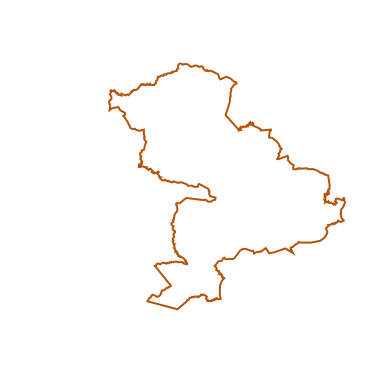 Na Klang, Nong Bua Lam Phu, Thailand, rotated 134°
{"feature_id": "78962969B44929961465938", "entity_name": "Na Klang", "entity_type": "district", "adm_level": 2, "iso_a3": "THA", "parent_name": "Thailand", "parent_adm1": "Nong Bua Lam Phu", "projection": "orthographic", "projection_center": [102.242, 17.313], "detail": "fine", "context": "isolated", "style": "outline", "palette": "amber", "viewbox_px": 384, "rotation_deg": 134, "n_neighbors": 0, "source": "geoboundaries", "source_scale": "gbopen_adm2", "svg_char_len": 5999}
<svg xmlns="http://www.w3.org/2000/svg" viewBox="0 0 384 384"><g transform="rotate(134 192 192)"><path d="M286.5,121.0L273.9,119.8L272.9,120.4L271.7,119.5L269.9,120.2L268.4,119.1L267.4,119.2L266.9,117.8L265.8,117.8L263.9,116.1L263.6,114.7L262.5,114.8L262.4,114.2L260.5,113.8L259.7,114.3L259.1,113.0L257.9,112.8L256.9,108.7L259.2,107.6L258.7,105.8L259.7,105.1L257.5,102.9L256.2,102.6L256.5,102.0L255.0,102.0L254.6,100.9L252.9,101.6L252.4,101.2L252.6,100.2L251.2,100.4L250.8,98.5L249.1,97.1L246.0,101.2L239.8,106.9L234.8,108.9L231.6,108.9L231.8,110.8L232.5,110.5L232.5,111.1L230.9,112.5L231.6,114.1L231.0,113.7L230.7,114.1L231.0,116.1L230.4,117.0L231.2,117.0L230.6,118.4L231.3,120.2L229.8,121.2L229.6,123.6L229.2,123.1L228.5,124.3L223.6,124.8L220.9,122.8L218.1,123.5L216.8,123.1L217.2,121.4L211.9,116.1L210.3,115.5L200.8,116.7L198.5,116.2L195.9,114.3L193.0,108.1L191.8,107.4L193.1,104.6L190.6,104.0L188.8,102.2L187.6,102.1L187.2,101.0L181.1,100.0L182.4,94.0L178.5,91.1L167.7,85.6L165.8,76.9L164.3,81.5L163.4,82.4L161.5,81.4L157.4,81.1L155.6,80.2L153.7,80.5L153.3,79.1L145.7,71.2L138.1,65.9L133.4,65.0L129.9,65.4L126.9,66.6L125.1,70.5L121.6,70.2L121.2,71.2L119.0,69.4L116.7,69.1L116.8,67.7L115.2,67.8L115.3,67.1L114.5,66.7L113.5,67.0L112.4,66.4L111.1,67.0L110.2,64.1L107.1,63.0L106.8,66.7L105.4,68.1L104.9,69.7L103.6,70.1L101.7,72.3L97.3,73.0L93.2,74.7L91.7,77.5L90.7,78.1L90.9,78.7L91.9,78.8L92.8,77.7L93.6,78.2L95.0,81.9L96.1,83.3L97.0,83.3L96.6,84.2L97.9,83.0L99.5,82.6L99.8,80.7L99.2,80.8L99.3,80.3L101.6,80.2L102.1,82.1L102.7,81.8L102.8,84.2L104.1,85.3L103.9,87.2L105.0,86.7L105.2,88.1L107.2,88.8L105.5,89.7L105.5,90.3L106.1,90.2L105.7,91.5L104.7,91.1L103.0,92.5L103.4,93.2L101.6,93.4L102.3,94.0L101.7,95.2L99.9,94.2L99.9,93.0L99.1,93.4L99.2,92.6L98.5,92.1L96.5,94.2L95.7,94.0L96.8,94.7L96.1,94.9L96.5,95.2L95.3,95.7L94.4,95.2L91.5,97.7L85.5,105.6L86.9,107.7L86.8,109.3L87.8,109.9L87.7,111.7L88.8,112.6L89.6,116.9L91.9,121.7L93.3,122.5L94.9,124.5L95.0,125.7L100.6,130.9L100.3,131.3L101.6,132.4L102.8,132.5L105.2,134.7L104.4,136.1L102.1,137.4L102.8,141.1L102.5,144.8L99.7,147.7L99.7,148.4L108.5,152.7L109.1,153.5L105.0,154.7L104.4,156.4L102.1,156.3L100.1,158.0L98.8,157.4L98.4,160.9L97.7,161.4L96.8,165.1L97.4,171.9L99.2,174.4L94.5,178.2L92.7,178.0L92.3,178.6L99.9,185.2L99.2,185.7L99.8,188.9L101.9,194.0L101.6,194.9L100.9,194.6L100.3,195.3L100.2,196.6L101.3,196.6L101.6,195.8L102.0,196.9L101.2,197.3L102.2,198.3L101.7,198.7L102.3,198.8L103.0,197.7L103.5,197.9L103.4,197.1L104.3,198.0L105.8,197.5L105.7,198.8L107.4,198.3L108.0,199.4L109.1,199.5L109.2,200.6L111.0,201.1L111.1,201.7L111.7,201.0L113.8,200.9L113.7,200.2L114.6,200.9L114.0,201.6L115.2,201.3L114.7,202.5L113.4,221.2L101.1,227.3L97.5,230.4L96.1,230.7L94.7,232.7L91.5,234.4L90.8,235.6L85.4,236.2L83.0,235.4L82.4,236.4L83.4,238.6L83.7,243.5L85.1,247.2L91.3,249.9L91.2,251.2L89.2,254.8L91.1,261.3L92.1,263.1L93.8,264.2L93.7,265.7L94.9,265.6L95.5,266.8L95.4,269.5L94.3,271.4L94.9,272.4L96.9,273.4L97.9,276.5L99.0,277.7L102.5,279.3L103.3,284.3L105.6,286.6L106.9,287.1L107.2,289.0L108.1,290.0L109.4,290.1L110.8,289.8L112.9,287.5L114.1,288.1L115.6,287.1L117.3,288.5L119.4,289.0L119.5,289.9L121.2,289.7L123.7,292.0L125.9,292.4L126.4,293.7L128.4,293.3L128.9,294.8L132.4,295.6L132.6,296.4L135.9,294.7L137.3,294.8L139.1,293.4L140.1,294.0L141.3,293.5L144.3,296.8L143.6,297.4L145.1,297.7L145.2,299.2L146.8,299.1L147.6,299.8L147.5,300.5L148.7,301.4L148.2,301.8L149.4,303.0L149.6,302.5L150.8,303.3L155.7,302.6L157.9,303.4L159.1,305.0L160.1,304.6L161.0,305.4L162.1,305.3L161.8,304.8L166.5,305.0L166.8,306.4L168.8,307.1L169.8,309.6L170.5,309.9L170.4,310.7L171.7,309.8L172.0,311.6L173.1,312.0L173.4,313.9L172.6,313.9L172.5,314.6L173.1,314.6L173.6,317.3L172.7,317.4L172.6,318.4L175.0,319.6L175.0,320.9L175.8,321.0L176.7,319.6L178.7,318.9L179.4,316.3L180.4,315.1L181.5,314.5L183.8,314.8L185.1,313.9L187.0,310.6L190.4,308.1L187.5,307.7L182.0,304.1L183.1,300.2L181.6,295.3L183.1,293.8L184.8,294.4L186.1,287.5L188.8,280.5L187.7,278.0L186.0,277.0L186.2,275.4L184.4,272.2L180.6,269.9L184.0,266.6L184.9,264.6L186.0,264.5L186.1,263.5L187.4,262.8L187.7,259.7L190.9,258.5L194.9,255.9L196.9,257.1L198.0,256.0L199.8,256.3L201.4,255.1L201.3,254.2L202.5,253.3L202.2,252.7L204.2,252.1L204.5,249.3L206.1,247.9L206.8,247.7L206.7,248.2L207.3,247.6L207.7,248.4L208.3,247.8L209.2,249.1L211.0,247.5L208.2,245.5L205.7,241.7L206.0,240.8L206.6,241.0L206.2,238.3L204.6,238.6L204.1,238.0L204.2,235.3L205.7,234.9L205.1,232.2L204.6,231.9L204.0,232.5L203.8,231.5L201.4,230.6L202.1,230.1L201.6,229.7L202.8,229.6L203.1,226.9L203.9,226.2L203.4,225.3L203.9,225.6L204.4,224.4L204.3,221.3L202.4,219.6L201.8,219.8L201.3,217.3L200.0,216.4L200.3,215.6L199.3,213.5L198.2,212.6L197.3,212.8L195.1,208.3L192.5,206.6L190.1,201.2L190.3,199.1L187.4,196.4L186.8,194.0L184.2,191.5L182.1,192.6L181.2,192.3L178.4,182.5L178.9,180.9L179.8,180.6L179.7,179.4L181.3,178.6L182.4,176.1L179.7,171.1L181.5,170.0L184.4,171.6L185.9,171.6L187.9,174.1L187.9,176.6L190.0,178.3L200.3,192.0L208.8,193.1L210.8,195.3L212.1,194.8L212.7,192.8L215.5,189.6L220.0,189.0L224.7,186.0L225.3,186.3L226.5,184.6L229.0,185.0L229.8,183.8L229.7,181.3L231.0,181.1L232.3,179.8L232.5,178.1L231.9,177.5L232.6,176.3L234.6,176.1L236.2,175.0L236.6,173.6L239.1,173.3L239.9,171.5L241.0,171.6L242.1,168.9L241.7,168.4L242.7,168.4L243.8,166.0L244.5,165.4L244.9,165.7L245.2,163.7L246.2,162.9L245.7,162.2L246.3,162.0L245.4,161.4L246.3,159.4L246.9,159.5L246.8,157.7L247.5,157.5L246.5,155.9L247.0,155.2L246.1,154.6L245.5,150.7L246.3,149.1L245.8,149.0L246.0,148.3L247.2,146.8L246.6,146.2L247.5,145.5L249.3,148.5L249.0,150.1L252.4,153.4L253.1,155.3L255.4,156.5L256.1,158.1L257.3,158.1L257.9,159.3L259.5,159.2L260.1,160.5L261.0,160.4L263.0,163.8L266.0,164.6L266.9,166.6L268.6,167.4L270.0,166.6L270.9,167.3L274.1,142.0L275.8,142.2L276.5,142.9L277.4,142.6L279.1,143.8L281.5,143.7L283.8,145.2L287.4,143.3L290.3,143.4L291.5,144.1L292.8,148.4L294.1,149.3L296.7,148.4L297.9,149.1L301.6,148.1L286.5,121.0Z" fill="none" stroke="#b45309" stroke-width="2"/></g></svg>